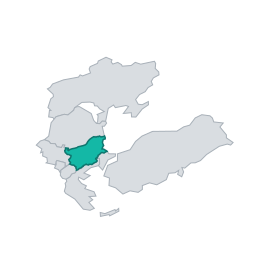 Bulgaria shown with its bordering countries, rotated 337°
{"feature_id": "BGR", "entity_name": "Bulgaria", "entity_type": "country or territory", "adm_level": 0, "iso_a3": "BGR", "parent_name": "Europe", "parent_adm1": "", "projection": "robinson", "projection_center": [24.961, 42.741], "detail": "fine", "context": "with_neighbors", "style": "filled", "palette": "teal", "viewbox_px": 256, "rotation_deg": 337, "n_neighbors": 7, "source": "natural_earth", "source_scale": "50m", "svg_char_len": 5607}
<svg xmlns="http://www.w3.org/2000/svg" viewBox="0 0 256 256"><g transform="rotate(337 128 128)"><path d="M146.7,110.1L150.2,112.1L157.1,111.6L155.9,114.6L148.5,116.1L139.5,121.0L135.6,119.2L137.0,115.2L129.4,112.8L136.9,108.4L134.9,106.5L124.3,104.3L123.7,101.2L117.5,102.2L110.0,113.1L106.9,111.6L103.7,113.0L100.7,111.4L102.4,110.5L105.3,105.0L104.8,103.5L112.6,103.6L109.4,99.3L108.4,95.8L105.9,94.5L106.3,91.6L103.2,89.3L95.5,86.4L86.7,88.5L85.0,90.4L77.8,92.5L74.7,90.5L66.3,89.5L63.4,91.3L63.0,89.1L59.3,86.8L62.5,81.2L63.9,81.7L62.3,77.9L68.3,71.0L71.6,70.0L72.3,67.7L69.1,60.5L72.2,60.2L75.8,58.0L87.4,58.5L102.3,61.8L104.7,60.4L106.5,62.3L115.0,62.7L115.3,58.5L117.2,56.7L125.2,56.6L126.8,54.7L135.4,54.3L139.9,59.0L138.3,60.6L139.0,63.2L144.2,63.6L146.8,67.2L146.8,68.8L155.3,71.7L160.3,70.4L164.6,74.2L178.4,76.9L178.7,79.4L176.3,83.8L178.2,88.4L177.3,91.2L170.9,91.8L167.6,94.2L167.6,97.9L162.3,98.6L158.0,101.3L151.7,101.7L146.1,104.8L146.7,110.1Z" fill="#d9dde1" stroke="#a8b0b8" stroke-width="1"/><path d="M100.7,111.4L103.7,113.0L106.9,111.6L110.0,113.1L110.2,115.2L107.0,117.1L104.9,116.3L103.1,126.5L94.1,122.6L86.0,124.5L82.6,126.7L64.6,125.6L61.4,120.6L63.0,119.1L61.4,118.1L59.2,120.0L55.3,117.5L54.8,114.0L50.7,112.0L50.0,109.4L46.4,106.1L51.8,104.5L59.3,93.1L66.3,89.5L74.7,90.5L77.8,92.5L85.0,90.4L86.7,88.5L89.5,88.5L91.6,89.3L99.8,100.3L99.4,107.6L100.7,111.4Z" fill="#d9dde1" stroke="#a8b0b8" stroke-width="1"/><path d="M88.0,198.4L87.1,201.0L76.8,201.7L76.8,200.3L68.1,198.6L69.4,194.9L73.3,197.8L84.2,198.0L84.1,199.5L88.0,198.4ZM64.5,146.7L69.6,147.0L75.2,144.6L80.1,147.6L86.4,146.8L86.5,142.5L89.9,144.8L87.8,150.1L86.1,151.1L78.2,150.0L69.8,152.2L74.6,157.0L67.1,158.4L63.4,154.0L62.1,155.9L63.6,161.0L67.1,165.0L64.5,166.9L71.8,173.4L71.9,178.2L65.4,175.9L67.5,180.3L62.9,181.2L65.6,188.8L60.9,188.9L55.1,185.2L51.3,172.6L45.1,163.8L44.7,161.3L48.0,157.2L48.5,154.4L50.8,153.2L51.0,150.9L55.5,150.2L58.2,148.3L62.0,148.5L64.5,146.7Z" fill="#d9dde1" stroke="#a8b0b8" stroke-width="1"/><path d="M219.1,182.4L215.8,183.8L213.1,181.6L204.8,180.5L190.0,183.1L182.0,186.3L176.2,186.3L172.3,184.7L164.6,187.1L162.2,185.4L162.0,190.2L158.4,193.9L155.6,190.1L158.1,186.8L153.8,187.6L147.8,185.6L143.1,190.5L132.3,191.5L126.4,186.9L118.7,186.6L117.2,190.2L112.2,191.2L105.3,186.6L97.5,186.8L93.2,178.2L88.0,173.5L91.4,166.8L87.0,162.7L94.7,154.5L105.4,154.2L108.2,147.7L121.5,148.8L129.7,143.3L137.7,140.9L149.2,140.7L171.8,150.0L179.8,148.7L185.9,149.5L193.8,145.0L201.1,144.6L208.2,148.8L209.6,151.8L209.3,155.9L217.6,160.6L213.0,163.0L215.9,172.8L214.7,175.5L219.1,182.4ZM86.5,142.5L93.5,139.9L99.5,141.0L100.4,144.3L106.5,147.0L105.2,149.1L97.0,149.6L88.2,156.8L86.1,151.1L87.8,150.1L89.9,144.8L86.5,142.5Z" fill="#d9dde1" stroke="#a8b0b8" stroke-width="1"/><path d="M60.6,138.3L64.0,141.1L64.5,146.7L62.0,148.5L58.2,148.3L55.5,150.2L51.0,150.9L48.1,148.8L47.2,145.2L49.4,140.6L60.6,138.3Z" fill="#d9dde1" stroke="#a8b0b8" stroke-width="1"/><path d="M36.9,107.9L42.2,105.7L46.4,106.1L50.0,109.4L50.7,112.0L54.8,114.0L55.3,117.5L59.2,120.0L61.4,118.1L63.0,119.1L61.4,120.6L62.7,122.1L61.0,124.0L61.6,127.1L64.9,130.8L62.2,133.4L61.0,136.1L61.8,137.1L60.6,138.3L55.0,139.0L56.5,135.3L49.9,130.2L46.0,134.2L46.6,133.4L39.0,128.1L40.6,127.7L41.7,123.7L38.5,120.4L40.3,116.7L37.8,116.7L40.5,113.6L36.9,107.9Z" fill="#d9dde1" stroke="#a8b0b8" stroke-width="1"/><path d="M48.1,142.3L47.7,139.2L44.7,136.1L47.7,133.5L48.7,130.7L49.9,130.2L56.5,135.3L55.0,139.0L49.4,140.6L49.0,142.4L48.1,142.3Z" fill="#d9dde1" stroke="#a8b0b8" stroke-width="1"/><path d="M99.6,141.3L98.7,141.2L98.4,141.2L98.1,141.4L97.7,141.4L97.2,141.4L96.6,141.6L96.3,141.7L95.9,141.5L95.1,140.9L94.6,140.4L94.3,140.3L93.9,140.4L92.7,140.6L92.4,140.8L91.8,141.1L91.2,141.3L90.4,141.4L89.9,141.4L89.7,141.5L89.5,142.0L89.3,142.4L89.2,142.6L88.2,142.8L87.9,143.0L87.9,143.5L87.1,143.3L86.4,143.4L86.3,143.6L86.1,143.9L86.2,144.1L86.4,144.4L86.7,145.1L86.8,145.9L86.6,146.3L86.1,146.6L85.1,146.9L84.2,146.8L83.8,146.9L83.0,146.9L82.4,147.0L81.4,147.3L80.5,147.5L79.7,146.9L78.7,146.5L77.7,146.2L77.3,146.4L77.2,146.6L76.3,146.0L75.9,145.8L75.7,145.6L75.4,144.9L75.2,144.9L74.5,145.1L73.8,145.1L73.4,145.1L72.2,145.1L72.0,145.6L71.9,145.7L71.6,145.7L70.9,145.7L70.1,146.1L69.2,146.3L68.5,146.3L67.8,146.2L67.4,146.3L66.5,146.3L65.9,146.8L65.0,146.8L64.2,146.7L64.3,146.6L64.5,144.4L64.9,143.5L64.9,143.3L64.8,143.1L64.5,143.0L64.2,142.5L63.7,141.1L63.5,140.9L62.7,140.6L62.0,140.2L61.4,139.7L60.3,138.4L60.9,138.3L61.1,138.0L61.6,137.3L61.7,137.0L61.6,136.8L61.3,136.4L61.0,135.7L61.2,135.0L61.2,134.7L61.1,134.3L61.2,133.9L61.6,133.7L61.9,133.6L62.9,133.5L63.6,132.7L64.0,132.4L64.4,131.9L64.5,131.7L64.7,131.4L64.8,131.0L64.0,130.4L63.7,130.0L63.4,129.5L62.9,129.2L61.9,128.7L61.5,128.1L61.4,127.4L61.1,126.9L60.8,126.5L60.8,126.3L60.7,125.9L60.7,125.2L60.9,124.3L61.0,124.0L61.4,123.9L62.3,123.4L62.3,122.8L62.5,122.4L62.8,122.2L63.0,122.0L63.5,122.4L64.6,123.0L65.2,123.4L65.2,123.6L64.9,123.9L64.4,124.2L64.1,124.5L64.0,124.9L64.1,125.2L64.4,125.5L66.5,125.1L68.7,125.3L71.5,125.9L73.4,126.1L74.8,125.8L77.4,126.3L79.8,126.7L82.1,126.9L83.4,126.5L84.3,126.0L85.1,125.2L87.1,124.0L88.9,123.3L91.4,122.8L93.0,122.6L93.2,122.8L95.3,123.9L96.3,123.9L97.0,124.1L97.3,124.4L97.5,124.4L98.5,124.2L98.9,124.7L99.6,125.6L100.8,126.0L101.9,126.2L102.2,126.3L103.3,126.2L103.2,128.3L102.6,129.2L101.5,128.9L100.3,129.2L99.6,130.3L99.2,130.6L98.9,131.0L98.7,132.4L98.7,134.7L98.2,135.0L97.7,135.1L95.9,137.1L97.0,137.7L97.5,138.1L98.3,139.3L99.4,140.7L99.6,141.3Z" fill="#14b8a6" stroke="#0f766e" stroke-width="1.5"/></g></svg>